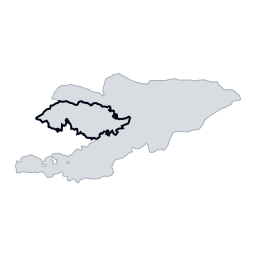 Jalal-Abad highlighted on a map of Kyrgyzstan
{"feature_id": "KGZ-1120", "entity_name": "Jalal-Abad", "entity_type": "Region", "adm_level": 1, "iso_a3": "KGZ", "parent_name": "Kyrgyzstan", "parent_adm1": "", "projection": "albers", "projection_center": [73.017, 41.512], "detail": "medium", "context": "in_parent", "style": "outline", "palette": "ink", "viewbox_px": 256, "rotation_deg": 0, "n_neighbors": 0, "source": "natural_earth", "source_scale": "10m", "svg_char_len": 5243}
<svg xmlns="http://www.w3.org/2000/svg" viewBox="0 0 256 256"><path d="M51.9,154.4L52.5,154.0L54.7,153.6L59.1,153.3L60.6,153.6L63.5,155.5L65.8,155.3L66.2,155.6L67.1,157.1L70.3,154.9L72.6,154.3L73.8,152.1L76.3,149.4L78.4,149.0L78.4,149.4L78.8,149.8L81.0,150.5L81.6,149.8L82.0,148.8L81.3,147.2L81.2,146.6L81.9,145.7L85.4,147.1L86.1,147.1L87.7,146.3L89.1,144.9L89.6,143.7L96.6,140.0L97.1,139.4L97.0,138.9L94.1,138.0L92.8,138.5L91.6,138.5L90.8,138.0L87.3,137.7L86.5,137.4L84.2,134.7L81.2,133.0L79.8,133.1L78.1,133.8L77.6,133.4L77.5,130.9L77.2,129.4L76.2,129.0L74.9,129.6L71.3,128.8L71.0,125.6L69.7,122.8L67.8,121.7L67.8,120.0L67.1,119.3L66.5,119.5L65.8,120.3L66.1,122.1L65.8,124.0L65.4,124.9L64.6,125.6L63.6,125.6L62.0,124.6L61.7,130.2L61.3,130.5L59.4,129.7L57.9,130.0L55.6,129.6L53.9,128.7L50.5,127.5L48.9,126.5L48.0,122.7L47.1,121.3L46.3,121.0L42.7,122.2L39.1,119.8L37.2,119.3L36.8,118.6L36.9,117.7L42.6,113.7L44.9,110.9L46.3,109.7L49.8,108.5L50.7,105.9L51.0,105.6L54.5,104.4L58.6,102.2L58.6,101.5L58.3,101.0L54.8,98.8L52.9,99.7L51.9,98.5L51.9,97.2L53.2,95.1L54.2,94.0L54.6,92.0L56.1,90.6L57.6,88.4L59.4,86.7L62.8,85.4L64.6,85.8L66.3,85.6L69.0,84.5L70.7,84.4L77.6,86.2L79.8,86.3L85.2,88.5L89.4,89.6L91.4,91.7L98.1,92.6L100.0,93.3L100.7,94.3L102.6,95.5L104.2,95.8L102.8,90.8L103.3,87.8L105.4,79.7L106.5,78.4L111.9,76.1L113.2,74.4L117.1,74.3L117.9,74.0L118.3,73.1L130.5,80.0L135.2,81.9L141.6,83.6L147.0,84.0L147.9,83.6L149.9,80.7L150.9,80.5L164.3,80.6L173.8,78.7L175.2,78.7L178.8,80.1L190.1,80.0L194.6,80.8L201.6,79.9L204.5,79.9L210.0,81.6L211.9,81.9L215.4,82.0L216.7,81.6L217.5,82.0L218.4,84.4L222.0,87.4L223.3,89.1L224.6,89.7L230.9,89.7L233.3,90.2L239.6,95.8L240.6,99.3L240.1,100.0L234.0,101.0L232.6,101.7L231.3,104.4L223.2,108.2L222.0,108.3L211.2,115.1L203.8,120.7L203.6,123.2L199.4,129.1L196.0,129.9L193.1,130.0L188.4,131.9L182.3,131.7L180.2,131.9L176.2,131.3L174.6,131.8L172.9,133.0L170.7,137.6L169.8,138.6L169.4,139.7L169.1,141.9L168.3,144.2L166.4,147.8L164.7,149.5L163.2,150.6L161.8,148.5L159.8,150.0L157.8,149.8L156.6,150.3L153.9,152.2L149.9,152.3L149.4,151.6L148.5,146.6L147.7,144.2L147.1,143.7L146.4,143.6L140.7,147.8L138.1,148.6L135.8,148.7L132.9,147.6L132.3,147.9L131.8,148.6L131.6,149.4L132.5,151.7L132.3,152.1L131.0,152.1L129.2,152.7L123.7,157.5L120.2,158.8L116.9,159.3L115.0,160.2L113.9,161.9L111.8,166.8L111.9,167.8L112.8,169.1L113.5,172.1L113.3,172.8L111.6,175.3L109.4,176.0L107.6,176.4L104.2,176.1L102.5,176.6L99.2,178.5L96.6,178.8L91.6,178.9L86.7,178.1L85.1,178.4L80.8,179.4L79.3,181.2L78.5,182.7L78.0,182.9L76.3,181.5L74.1,179.0L73.0,179.0L69.1,181.0L68.5,180.9L67.4,180.1L67.6,177.0L66.4,176.3L63.7,176.1L62.8,175.4L63.2,173.3L62.9,172.5L62.2,171.9L60.8,172.1L58.0,173.7L54.7,174.2L53.6,174.8L52.3,177.0L48.0,177.3L46.6,176.8L44.1,172.6L41.8,171.9L39.5,172.0L36.4,173.0L35.7,172.1L34.9,171.8L34.2,172.5L30.4,172.5L26.5,172.2L24.3,171.7L22.9,171.6L20.0,172.7L16.5,172.7L16.3,168.9L15.4,166.2L16.6,162.0L17.2,160.6L19.8,162.4L20.7,162.1L21.0,161.3L20.7,159.4L22.0,157.3L31.2,154.8L41.2,159.3L42.4,162.1L43.3,162.0L44.7,160.8L45.2,158.5L47.2,157.3L51.6,155.8L51.9,154.4ZM56.8,164.0L57.0,163.6L56.3,161.6L57.4,159.8L55.3,159.4L54.3,158.8L53.2,156.9L52.8,156.8L52.2,157.3L51.8,158.5L52.1,159.9L53.5,161.2L52.8,163.8L55.8,164.2L56.8,164.0ZM46.2,165.6L46.2,165.0L45.5,164.7L41.7,163.9L41.8,164.4L43.2,166.4L44.3,166.6L46.2,165.6ZM68.8,162.6L69.1,161.4L66.8,162.1L66.5,162.7L67.3,163.5L68.2,163.8L68.8,162.6Z" fill="#d9dde1" stroke="#a8b0b8" stroke-width="1"/><path d="M52.6,105.5L56.3,103.2L58.0,102.8L58.8,102.3L59.0,101.2L59.5,101.1L62.4,101.8L66.6,101.2L70.5,103.0L71.9,103.1L75.4,104.9L77.4,104.7L78.9,101.9L81.2,101.3L82.1,101.4L82.9,102.4L84.6,102.5L85.7,103.1L86.8,102.8L89.0,103.9L90.6,105.3L92.0,105.1L92.4,104.0L93.2,103.5L95.2,103.0L96.6,103.2L96.9,103.7L100.9,104.9L102.0,106.5L104.9,106.5L107.2,107.2L108.8,106.3L110.0,106.6L110.5,108.1L109.7,109.5L109.0,110.0L110.4,111.3L111.0,110.9L111.1,110.3L112.3,110.9L113.1,110.6L114.0,111.1L114.2,113.9L116.7,114.4L117.2,117.7L115.9,117.3L115.7,115.9L115.0,115.3L113.7,115.1L112.9,116.0L113.6,117.3L116.2,118.7L117.7,118.5L119.3,119.2L121.4,118.8L123.0,119.1L124.3,118.4L125.6,118.5L128.8,116.7L130.0,117.5L128.9,122.1L128.0,123.5L121.8,126.0L123.0,128.2L119.0,128.6L116.5,129.8L116.2,130.7L117.8,132.2L115.7,134.9L113.4,133.6L113.1,132.3L112.2,130.7L109.1,134.1L108.9,135.4L107.4,134.8L107.2,134.1L106.4,133.9L108.6,131.5L107.9,130.4L107.1,130.6L107.0,131.7L103.8,131.6L102.4,133.6L101.9,133.7L101.2,133.1L100.0,133.9L99.6,134.6L99.7,136.8L97.1,138.7L95.4,138.7L94.4,137.8L91.6,139.2L91.6,137.9L88.2,137.9L86.5,137.5L85.0,135.4L83.7,135.0L83.7,133.9L81.9,133.6L80.6,132.2L79.7,133.5L77.2,134.2L77.6,132.5L77.1,129.0L76.0,128.8L74.5,129.8L73.3,128.8L71.2,128.8L71.2,126.5L70.7,124.8L68.7,121.7L68.2,122.5L67.7,121.8L67.2,122.4L67.6,120.6L67.2,119.1L66.3,119.2L65.7,120.5L66.5,122.3L65.4,125.2L64.1,125.9L62.0,124.5L61.8,130.5L61.4,130.8L60.0,129.6L58.9,130.8L58.3,129.1L57.6,128.7L57.1,128.9L57.0,130.9L55.8,129.5L53.8,128.6L51.6,128.4L49.9,126.9L48.7,127.1L48.4,126.3L48.7,124.0L46.7,120.7L42.3,122.4L41.2,120.8L40.2,119.9L36.6,119.1L36.2,118.2L36.7,117.5L42.6,114.1L43.7,112.1L46.7,109.4L50.0,108.6L50.7,105.6L52.6,105.5Z" fill="none" stroke="#020617" stroke-width="2"/></svg>